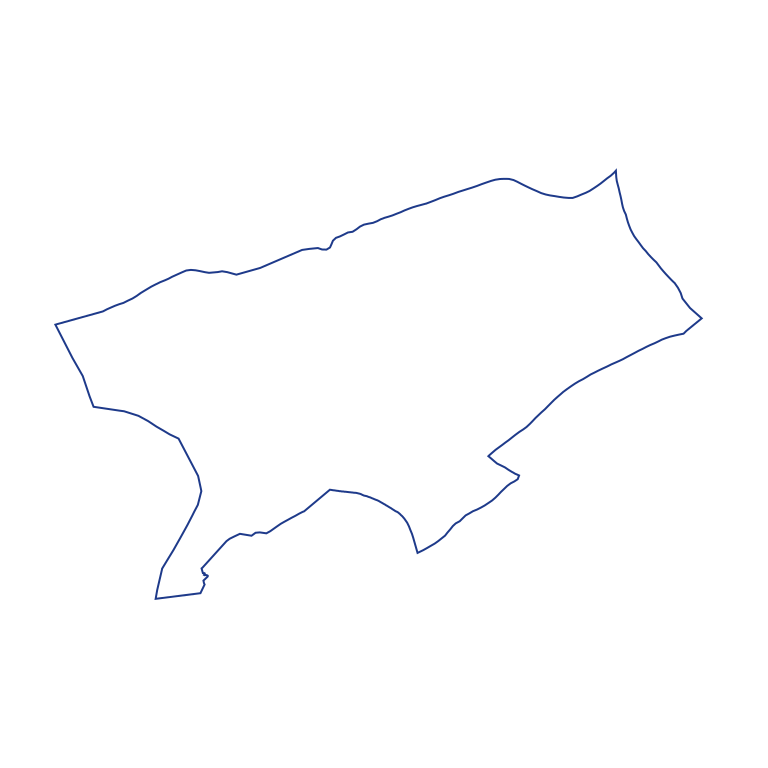 Mahliyah, Ma'rib, Yemen (Natural Earth projection), rotated 85°
{"feature_id": "15242507B61225716368783", "entity_name": "Mahliyah", "entity_type": "district", "adm_level": 2, "iso_a3": "YEM", "parent_name": "Yemen", "parent_adm1": "Ma'rib", "projection": "natural_earth1", "projection_center": [45.191, 14.667], "detail": "fine", "context": "isolated", "style": "outline", "palette": "blue", "viewbox_px": 768, "rotation_deg": 85, "n_neighbors": 0, "source": "geoboundaries", "source_scale": "gbopen_adm2", "svg_char_len": 4983}
<svg xmlns="http://www.w3.org/2000/svg" viewBox="0 0 768 768"><g transform="rotate(85 384 384)"><path d="M576.4,585.1L568.1,580.2L566.7,580.7L564.1,581.0L561.0,577.1L560.4,576.4L559.6,576.3L559.2,576.8L558.7,578.2L558.9,579.2L558.5,579.9L557.3,579.1L556.8,579.3L556.6,580.9L551.8,581.8L551.2,580.9L526.8,554.6L524.7,551.2L522.9,546.6L520.7,540.6L522.1,535.1L523.6,529.2L521.0,524.9L521.0,523.2L521.0,520.7L522.5,514.2L520.7,510.1L518.7,506.7L516.6,503.1L514.3,499.1L512.6,495.4L510.9,491.5L509.2,487.7L507.6,483.8L505.8,479.9L504.3,476.2L503.9,474.7L484.6,447.1L484.7,446.8L485.0,445.4L485.4,444.0L485.6,442.8L485.9,441.6L486.2,440.5L486.5,438.9L486.9,437.6L487.0,436.6L487.4,435.3L487.5,434.0L487.9,432.6L488.0,431.6L488.3,430.2L488.7,428.3L489.0,426.7L489.2,425.8L489.4,424.6L489.7,423.5L489.8,422.7L490.0,421.3L490.6,419.5L490.9,418.7L491.2,417.7L491.7,416.6L492.1,415.9L492.6,415.2L493.0,414.4L493.4,413.7L493.7,412.7L494.0,411.7L494.3,410.8L494.9,409.7L495.4,408.6L495.8,407.5L496.4,406.5L496.9,405.6L497.4,404.5L498.0,403.5L498.5,402.4L498.9,401.7L499.2,400.9L500.1,399.4L500.6,398.7L501.1,398.0L501.6,397.3L502.4,396.1L503.2,395.0L503.7,394.3L503.8,394.1L504.4,393.2L505.0,392.6L505.3,392.0L506.0,391.1L506.4,390.5L507.1,389.6L507.6,388.9L508.2,388.0L509.2,386.8L510.2,385.5L510.8,384.7L511.4,384.0L511.8,383.4L512.2,382.7L512.5,382.1L513.0,381.4L513.6,380.7L514.2,380.2L514.7,379.6L515.2,379.2L516.1,378.5L516.9,377.7L518.0,376.8L518.8,376.3L519.3,375.9L519.7,375.6L524.2,373.0L528.1,371.5L531.6,370.5L535.7,369.2L539.7,368.3L555.2,365.3L552.9,359.3L551.1,355.3L549.3,351.5L547.4,347.4L545.3,343.8L542.7,339.9L540.4,336.4L537.5,333.7L534.6,330.7L531.5,327.8L529.1,324.7L527.3,320.5L524.7,317.4L522.0,314.1L520.4,310.4L518.5,306.5L517.2,302.3L515.6,298.3L513.8,294.3L511.5,290.1L509.5,286.5L506.9,282.9L504.3,279.8L501.7,276.9L498.9,273.4L496.3,270.2L494.0,266.5L492.4,262.6L490.5,259.1L486.9,257.4L485.6,259.7L484.9,261.1L483.5,263.0L482.6,264.4L480.3,267.5L477.6,270.8L475.3,274.6L473.1,278.3L470.3,281.1L467.5,283.8L465.0,286.3L464.0,285.1L461.6,281.8L459.3,278.6L457.3,275.3L455.0,271.5L452.9,268.2L450.9,264.8L448.5,261.2L446.2,257.7L443.5,253.3L441.4,249.3L439.3,245.8L436.4,242.1L433.8,239.1L431.1,236.1L428.4,232.7L426.0,229.7L423.2,225.9L420.1,222.3L417.3,219.0L414.6,215.8L412.2,212.6L409.9,209.4L407.4,206.0L404.9,201.9L402.4,197.6L400.3,193.8L398.2,189.5L396.5,185.3L394.4,181.0L392.5,177.3L391.0,173.4L389.5,169.7L387.8,165.2L386.2,160.7L385.0,157.6L384.3,155.9L382.9,151.7L381.5,147.6L380.1,143.8L378.4,140.0L376.6,135.7L375.0,131.9L373.1,127.5L371.6,123.5L369.9,119.4L368.4,115.4L367.0,111.0L365.5,107.0L364.0,103.3L362.9,99.4L361.8,94.9L361.1,90.4L360.5,85.8L360.0,81.2L357.4,78.1L346.3,61.8L335.0,72.5L324.9,79.2L319.2,80.5L313.7,82.8L308.5,85.8L308.3,86.1L305.4,88.6L302.4,91.0L299.1,93.6L296.0,95.9L292.9,98.1L289.7,100.1L286.8,101.9L286.5,102.1L283.6,104.7L280.7,107.1L277.6,109.5L274.3,111.7L271.3,114.1L268.2,116.0L265.0,117.9L261.7,120.0L258.5,121.9L255.1,123.4L251.7,124.8L248.0,125.9L244.2,126.9L240.1,127.7L236.3,128.3L232.6,129.7L228.9,130.6L225.3,131.1L221.2,131.5L217.3,132.0L213.5,132.6L209.6,133.1L205.7,133.8L202.1,134.4L198.2,134.6L194.6,134.5L191.7,134.4L193.5,136.3L196.3,140.0L198.5,143.7L200.9,147.3L203.2,150.8L205.2,154.2L207.4,158.2L209.6,162.4L211.1,166.3L212.6,171.2L213.9,175.1L215.1,179.9L214.7,184.0L213.9,188.7L212.8,193.4L211.7,197.6L210.6,202.2L209.3,206.4L207.5,210.8L205.2,214.9L202.9,219.2L200.7,223.0L198.5,226.7L196.4,230.1L194.1,233.7L192.1,237.2L190.6,241.6L190.1,246.3L189.9,250.6L190.2,255.3L191.0,259.6L192.2,264.5L193.4,269.2L194.8,274.1L196.1,279.4L197.0,283.6L197.9,287.6L199.1,293.1L200.6,298.5L201.6,302.7L202.7,307.9L203.8,312.2L205.3,316.9L206.6,321.4L207.8,325.7L208.0,326.3L208.0,326.7L208.9,331.7L209.6,335.7L210.5,340.0L211.6,344.1L212.9,348.5L214.3,352.4L215.4,356.3L216.8,360.9L217.7,364.9L218.5,369.0L219.0,370.6L219.6,372.9L221.2,376.6L222.5,380.9L222.9,385.4L223.5,390.1L225.1,394.2L227.4,397.8L229.6,402.0L229.7,403.4L229.9,406.7L231.5,410.7L233.2,415.2L234.2,419.1L236.8,422.4L240.1,424.1L243.3,425.9L245.1,429.6L244.6,434.0L242.8,438.0L242.9,446.5L243.3,453.9L257.6,497.3L262.2,521.5L258.9,530.4L257.6,535.5L258.0,539.9L258.0,544.2L258.0,548.6L257.0,552.6L255.5,557.5L254.3,561.8L253.5,566.5L253.7,571.1L255.1,575.4L256.5,579.4L258.7,585.7L260.3,589.4L261.6,593.2L263.1,598.2L263.7,599.7L264.3,601.2L264.8,602.6L266.7,607.3L268.6,611.2L270.5,615.1L272.3,618.7L274.7,622.7L276.9,627.1L278.7,632.0L280.5,636.5L281.4,640.7L282.6,645.1L284.0,649.3L285.4,653.4L287.2,657.7L296.2,706.2L330.9,692.1L349.8,683.4L370.5,678.4L381.4,675.3L387.5,649.8L388.5,645.3L394.3,631.4L400.4,622.2L406.6,614.4L411.3,607.7L415.5,601.9L420.5,593.4L459.4,577.2L471.3,575.7L474.8,575.3L488.2,580.0L494.7,584.2L498.0,586.2L507.0,591.9L510.3,594.1L520.7,601.1L521.4,601.6L530.9,608.1L534.7,610.9L538.2,613.5L548.7,621.2L549.3,621.3L569.5,627.9L578.1,630.2L576.4,585.1Z" fill="none" stroke="#1e3a8a" stroke-width="2"/></g></svg>